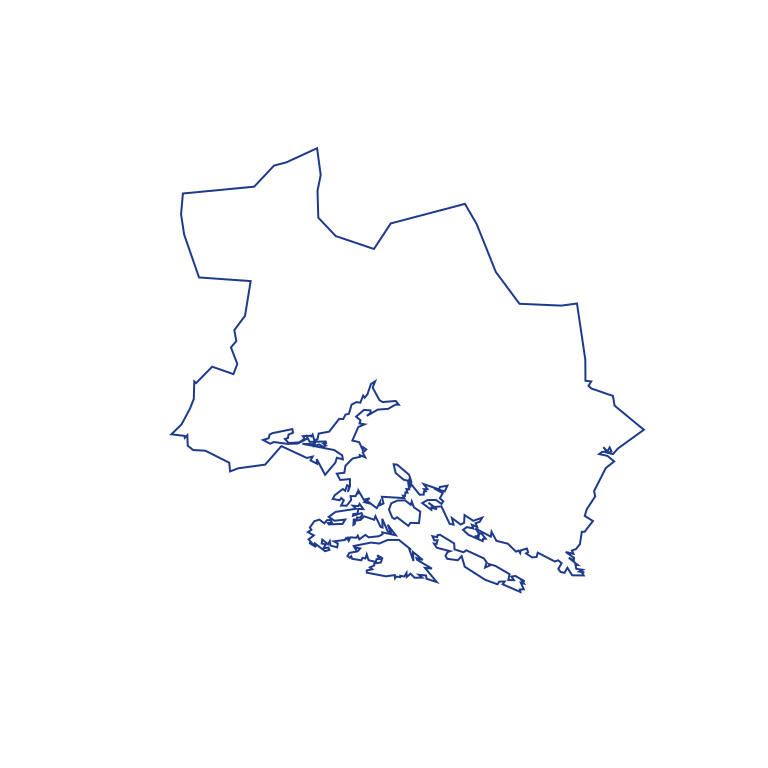 outline of Tvedestrand nor, Aust-Agder, Norway, rotated 57°
{"feature_id": "86288312B79556045752597", "entity_name": "Tvedestrand nor", "entity_type": "district", "adm_level": 2, "iso_a3": "NOR", "parent_name": "Norway", "parent_adm1": "Aust-Agder", "projection": "mercator", "projection_center": [9.012, 58.625], "detail": "fine", "context": "isolated", "style": "outline", "palette": "blue", "viewbox_px": 768, "rotation_deg": 57, "n_neighbors": 0, "source": "geoboundaries", "source_scale": "gbopen_adm2", "svg_char_len": 6169}
<svg xmlns="http://www.w3.org/2000/svg" viewBox="0 0 768 768"><g transform="rotate(57 384 384)"><path d="M567.5,230.2L565.5,223.0L563.9,191.0L527.7,202.4L518.7,198.5L500.8,212.5L496.9,213.5L494.7,208.8L491.0,213.3L473.2,201.9L421.6,178.3L414.9,192.5L390.5,226.7L350.9,229.2L300.5,219.2L277.0,218.0L253.0,290.9L265.3,318.9L233.7,343.9L208.7,348.5L185.7,334.5L174.3,323.3L149.8,311.7L144.9,345.3L140.9,357.3L147.8,385.4L114.7,448.9L131.2,461.8L149.8,470.2L193.9,481.1L225.1,439.8L251.1,463.4L257.3,480.2L267.6,484.5L269.9,492.4L287.3,496.1L293.7,504.9L275.9,518.7L280.9,541.1L278.5,541.7L293.0,551.7L299.2,560.5L307.6,575.8L310.4,589.7L318.8,579.6L320.6,580.4L319.8,576.8L328.8,582.2L335.4,580.1L342.7,570.1L365.7,556.7L373.5,560.7L375.3,552.2L386.9,527.6L380.2,503.9L404.0,489.0L406.0,483.4L408.1,487.2L414.4,483.6L410.3,481.3L428.1,482.9L423.5,467.7L420.2,463.7L424.8,459.5L421.0,457.9L412.3,461.7L389.7,485.0L395.7,476.5L395.2,473.1L398.0,476.4L399.3,471.4L403.7,469.1L403.9,466.1L401.1,467.3L401.9,464.6L400.4,464.3L392.0,477.9L386.8,477.3L388.0,478.4L387.0,488.7L381.7,497.5L372.7,508.0L372.1,512.0L365.1,515.9L366.7,510.2L364.1,507.5L364.5,504.3L371.9,485.4L375.3,486.8L374.4,491.6L377.0,494.0L376.1,497.0L381.6,496.1L386.8,486.9L386.6,480.3L383.6,480.4L387.8,472.9L388.7,474.6L387.5,471.4L393.1,473.1L394.1,469.9L390.0,465.8L394.1,455.9L388.8,440.6L391.2,437.3L388.7,433.0L389.8,429.6L383.6,422.3L384.2,416.9L386.8,414.1L382.4,407.8L385.0,407.7L383.6,403.5L377.0,395.1L376.9,390.0L380.9,395.5L395.1,396.6L398.4,395.0L404.6,383.4L409.4,382.9L407.6,385.5L407.1,394.1L402.1,403.1L401.4,415.7L400.8,410.6L398.7,409.8L394.8,414.9L396.2,425.2L401.6,423.5L403.8,426.0L407.2,422.3L406.1,429.0L414.2,441.3L419.3,436.5L427.8,437.8L425.8,435.9L429.2,434.5L430.0,439.2L435.2,439.7L430.5,443.0L432.1,443.6L429.4,450.9L431.6,460.9L436.8,465.6L433.5,472.4L440.6,473.0L445.2,464.4L451.0,468.1L454.9,473.1L450.8,468.8L448.8,470.1L452.4,474.7L449.7,475.7L450.4,485.8L452.5,489.6L457.4,484.4L456.3,482.0L459.6,481.0L462.6,486.2L465.7,481.6L463.4,474.7L459.8,473.1L462.6,468.8L460.1,464.8L462.5,465.2L459.9,463.5L470.1,464.0L472.0,458.3L472.4,464.8L474.8,462.6L472.7,463.0L473.4,461.6L484.2,457.7L480.7,451.4L483.5,453.1L483.9,449.5L477.4,447.2L490.7,429.2L488.0,428.9L489.3,427.4L486.5,425.0L487.9,423.5L484.3,422.4L486.1,420.3L479.0,417.0L483.8,417.3L480.4,414.4L477.0,414.4L479.3,415.5L474.9,419.7L465.0,422.7L456.6,419.6L458.8,416.9L473.8,412.4L480.8,414.3L482.5,415.8L496.3,414.4L498.4,410.9L496.0,409.2L496.7,407.4L494.0,407.8L495.9,404.8L489.6,405.2L502.5,395.1L500.8,393.3L503.8,386.2L507.1,391.5L498.7,399.0L507.5,394.1L510.3,399.4L514.7,398.2L515.9,401.1L509.5,403.6L505.0,410.9L504.7,416.8L515.3,412.8L513.5,411.5L517.9,407.9L507.8,411.4L514.6,408.7L517.9,402.5L537.0,405.1L539.8,402.3L533.4,400.0L543.6,396.3L544.0,392.4L537.8,387.8L547.4,383.6L549.6,374.4L551.7,378.9L550.6,383.0L554.6,383.8L550.0,386.9L553.8,387.8L549.1,392.5L549.4,397.1L556.5,395.3L569.5,386.8L567.8,385.2L569.1,383.0L563.1,383.6L560.9,385.3L564.0,388.2L561.2,390.9L562.5,388.1L560.8,385.8L555.0,386.0L570.2,377.5L566.5,374.3L576.8,375.1L585.4,367.1L596.5,364.6L597.0,361.8L600.0,361.9L598.0,359.9L599.8,353.8L603.5,354.7L603.4,357.1L610.0,354.3L612.2,350.3L609.2,346.9L625.9,337.4L626.7,334.0L631.0,332.6L634.0,338.5L637.9,338.3L640.7,335.4L638.0,330.3L646.9,330.4L653.3,320.8L650.3,320.7L651.0,318.6L647.7,322.3L648.0,318.6L643.8,323.4L639.9,321.9L641.4,320.0L630.4,323.7L635.1,320.7L633.2,319.3L623.9,323.1L629.6,317.6L626.0,317.1L627.0,313.1L625.1,307.0L615.7,298.6L617.2,296.3L612.7,283.4L604.0,287.5L599.5,282.2L593.3,268.1L588.2,266.1L575.3,243.8L574.3,233.1L565.9,235.8L560.0,241.7L559.7,238.2L562.1,234.1L556.5,234.4L562.2,233.4L560.1,229.3L564.4,230.0L563.8,233.6L567.5,230.2ZM564.9,444.4L549.4,452.0L547.7,451.6L552.7,447.3L540.6,451.2L548.5,455.7L536.4,452.8L537.7,451.5L522.9,456.4L516.8,465.8L515.2,474.9L509.9,481.3L503.4,497.6L508.3,497.9L505.9,496.7L508.9,493.5L510.0,497.2L506.8,505.0L508.4,508.3L511.2,507.3L510.6,505.3L513.3,505.9L519.5,499.0L518.1,496.7L520.2,494.6L517.5,491.3L523.4,492.9L528.7,487.8L526.8,485.6L528.4,483.0L524.0,482.9L529.1,480.3L532.0,483.9L529.2,489.7L530.9,491.2L530.1,495.7L533.0,494.8L530.9,500.0L532.8,501.2L546.3,487.2L550.1,479.1L552.9,480.5L552.2,478.6L554.8,475.6L553.7,474.8L556.5,471.8L554.7,468.0L558.2,470.0L557.5,465.1L563.2,463.8L567.2,457.4L563.0,458.7L567.5,453.0L570.5,454.4L578.8,447.6L560.5,449.8L564.9,444.4ZM517.3,456.5L504.1,457.6L512.4,459.1L509.4,461.1L496.1,458.9L503.6,463.4L502.0,464.7L490.2,463.2L492.5,466.2L484.2,472.6L485.2,477.7L483.0,482.5L485.5,484.8L485.5,486.4L481.2,483.2L482.9,480.6L481.2,479.4L483.1,476.9L482.0,473.4L480.0,473.2L477.6,481.8L476.3,480.5L478.3,476.8L474.8,473.6L477.7,469.5L471.2,469.8L472.5,471.9L469.1,476.4L473.4,475.4L464.9,494.2L465.3,502.8L471.7,500.0L476.6,490.3L478.7,495.1L471.7,506.7L470.0,506.7L471.9,503.3L469.0,502.8L467.1,506.1L468.4,509.9L462.6,512.0L461.1,517.1L464.0,524.4L466.8,524.3L466.8,528.5L472.7,525.3L473.2,531.8L478.8,531.0L476.4,533.3L483.7,529.8L480.7,529.8L479.9,528.8L492.1,524.5L493.4,520.1L490.9,519.7L488.8,524.2L486.9,520.3L483.8,523.1L480.9,520.5L488.0,518.2L486.3,515.1L490.3,516.9L495.5,512.2L492.6,509.6L488.7,511.7L493.5,501.8L492.5,499.7L494.7,499.2L492.6,497.2L496.0,498.5L494.3,495.7L497.9,490.9L496.9,488.6L500.8,489.3L500.4,481.8L504.2,480.4L508.8,471.4L509.2,467.1L507.5,466.2L517.3,456.5ZM626.1,373.5L616.6,378.3L614.9,382.0L619.3,381.9L616.1,386.5L611.9,382.3L597.3,389.6L592.1,394.1L593.8,394.0L593.0,399.2L589.3,395.0L584.5,395.3L568.2,405.6L568.4,409.0L561.2,414.9L555.9,412.0L541.0,419.1L539.9,421.4L541.4,422.8L538.0,426.3L542.6,427.0L544.2,424.2L546.7,426.9L545.1,429.0L550.1,428.9L560.2,419.6L559.6,422.4L561.7,426.1L565.1,426.1L572.0,418.1L570.6,412.6L581.2,415.8L603.3,405.8L613.8,397.9L612.5,395.0L615.4,390.3L616.6,393.6L632.7,382.9L630.3,382.0L632.3,378.6L625.2,377.5L627.5,375.4L624.2,375.6L626.1,373.5ZM510.8,423.1L503.7,426.1L497.6,424.7L499.9,427.4L493.1,429.7L489.1,436.2L488.0,442.8L492.0,448.2L500.4,449.8L503.0,448.7L502.9,445.6L516.2,440.9L514.9,437.4L519.7,430.4L510.8,423.1Z" fill="none" stroke="#1e3a8a" stroke-width="2"/></g></svg>